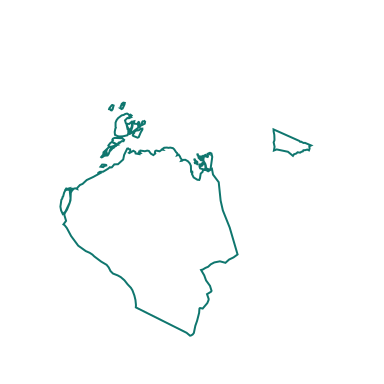 San Fernando, Buenos Aires, Argentina (Albers equal-area conic projection), rotated 235°
{"feature_id": "61730980B31085500015034", "entity_name": "San Fernando", "entity_type": "district", "adm_level": 2, "iso_a3": "ARG", "parent_name": "Argentina", "parent_adm1": "Buenos Aires", "projection": "albers", "projection_center": [-58.481, -34.246], "detail": "fine", "context": "isolated", "style": "outline", "palette": "teal", "viewbox_px": 384, "rotation_deg": 235, "n_neighbors": 0, "source": "geoboundaries", "source_scale": "gbopen_adm2", "svg_char_len": 6110}
<svg xmlns="http://www.w3.org/2000/svg" viewBox="0 0 384 384"><g transform="rotate(235 192 192)"><path d="M129.7,79.8L79.8,106.8L75.4,108.0L75.0,109.1L74.9,110.9L75.5,112.7L80.5,118.0L83.5,122.2L88.9,128.5L92.2,131.2L92.4,131.7L92.1,132.3L90.4,133.9L92.2,140.8L94.0,143.6L94.8,144.3L99.7,145.7L99.4,150.3L99.8,151.3L104.8,152.9L111.5,152.8L116.7,154.2L122.9,154.7L122.3,156.5L122.1,159.5L121.5,162.3L122.0,165.9L121.5,169.9L119.2,175.1L114.8,178.8L115.4,183.6L114.6,188.5L114.7,193.5L141.3,202.5L159.2,206.7L168.5,210.5L184.7,219.5L194.2,219.2L199.5,221.6L199.7,217.1L201.8,216.2L203.8,213.7L202.4,212.2L202.1,209.7L198.7,206.4L197.7,204.9L199.0,203.4L203.0,201.7L206.9,202.3L207.4,203.3L208.2,203.7L208.2,203.0L209.0,202.8L214.1,206.1L216.6,206.6L219.5,206.3L222.2,205.0L223.3,203.3L223.3,201.8L223.7,201.0L224.2,202.2L226.5,202.1L227.9,202.5L230.2,202.5L230.6,200.8L231.3,201.9L232.5,202.1L233.5,201.8L237.2,201.9L238.9,201.5L240.9,199.6L241.6,198.1L242.8,196.9L244.2,194.6L244.2,192.3L243.2,192.5L244.0,191.5L243.9,188.8L246.5,186.4L246.6,185.3L245.7,184.3L244.6,184.0L244.4,181.5L247.0,180.3L250.4,180.2L251.6,179.0L252.4,176.8L255.5,173.5L255.0,172.8L255.5,172.1L255.1,171.6L254.4,172.0L254.3,171.5L253.2,172.0L253.3,171.5L254.7,170.6L254.6,170.0L254.1,170.6L253.4,170.4L255.9,167.9L257.4,168.5L259.4,167.6L259.8,163.0L260.3,162.8L260.4,164.1L261.2,165.1L262.4,165.7L263.0,165.0L264.3,164.7L264.7,163.8L261.3,157.7L258.1,154.3L257.2,147.3L259.2,144.2L258.2,140.5L258.8,139.3L259.4,139.0L259.2,136.5L259.6,130.8L261.3,128.2L261.5,126.3L261.0,125.8L260.2,126.7L261.0,119.5L262.2,112.6L261.4,107.0L262.0,104.2L261.1,100.0L260.3,99.7L261.7,98.8L262.5,97.4L262.0,94.5L260.9,92.3L254.9,87.7L252.9,85.1L249.3,79.6L247.8,76.0L246.6,74.3L240.6,72.3L239.2,68.1L237.9,68.6L234.3,68.8L225.2,67.7L213.3,68.0L204.5,71.1L200.9,73.3L197.9,74.5L195.3,75.0L187.0,77.7L181.3,80.3L178.0,80.5L173.9,79.9L170.5,80.5L166.3,83.3L163.2,84.8L158.5,86.0L153.3,86.3L148.6,87.0L145.5,86.8L140.2,85.4L135.9,83.7L131.6,81.3L129.7,79.8ZM161.8,316.3L167.5,312.7L168.2,311.5L170.7,310.2L171.0,309.4L172.3,309.2L196.5,294.7L194.8,293.6L191.6,292.2L187.9,289.8L187.0,289.1L185.9,287.4L181.7,285.6L179.0,282.9L178.3,285.8L169.9,293.7L163.7,295.4L164.4,297.2L163.7,299.6L164.0,301.2L162.2,303.2L162.2,304.7L161.7,306.1L162.3,307.2L161.3,308.8L160.7,310.7L159.0,311.7L160.1,313.2L162.1,314.3L161.8,316.3ZM294.9,173.8L294.1,171.4L292.7,169.2L289.3,166.8L288.3,166.5L288.1,165.8L285.5,163.1L283.0,161.7L280.4,163.1L279.1,164.4L277.2,167.4L275.5,171.7L276.7,173.6L279.7,175.6L280.6,175.7L280.7,175.4L285.4,177.3L286.4,177.3L289.1,178.2L289.7,181.6L288.6,182.6L288.3,184.3L289.2,183.6L291.3,184.8L293.5,183.8L294.2,182.1L294.3,180.3L295.1,178.3L294.9,173.8ZM264.0,93.9L264.5,93.2L264.7,91.9L265.2,91.5L265.8,90.4L265.9,89.0L264.9,87.0L262.2,83.8L262.1,83.0L261.0,81.9L260.6,80.6L255.5,75.8L252.0,74.2L248.1,73.5L248.5,77.0L253.6,86.0L256.4,88.8L262.5,92.2L264.0,93.9ZM204.7,218.7L204.9,218.1L203.1,217.2L200.6,219.0L200.1,220.3L209.1,228.7L212.4,230.0L213.8,229.2L214.0,228.4L213.4,228.1L213.8,228.0L214.3,226.8L211.9,225.4L211.7,224.9L213.4,223.5L213.7,223.5L213.9,224.4L214.6,224.5L214.8,224.0L214.2,222.7L214.5,222.5L212.4,220.2L210.9,219.3L207.3,219.0L205.0,218.2L204.7,218.7ZM279.7,156.8L279.4,155.8L278.7,155.4L274.1,157.9L273.6,160.1L274.4,160.0L274.5,160.4L273.9,162.1L273.9,163.7L272.9,165.0L273.6,166.3L276.1,165.6L280.8,159.5L281.0,157.7L280.5,156.8L279.7,156.8ZM272.4,187.7L273.2,186.4L273.1,183.8L274.3,181.6L274.5,179.6L273.5,178.5L273.2,177.1L272.4,176.0L271.7,176.0L267.7,178.6L267.5,179.8L270.3,184.3L271.6,187.2L272.4,187.7ZM283.1,185.3L283.9,183.3L280.9,181.8L279.4,180.3L277.3,177.4L275.6,175.7L275.1,175.7L275.5,184.9L277.3,186.1L279.0,186.4L280.9,184.1L282.0,184.0L283.1,185.3ZM276.4,149.9L276.1,147.7L274.7,145.2L272.9,144.6L272.1,143.7L270.8,143.5L270.4,143.9L270.9,145.4L272.8,148.3L272.6,148.8L273.3,151.8L273.8,151.1L274.0,150.2L274.1,150.4L274.1,152.1L273.1,153.1L273.2,153.6L273.7,153.6L273.4,155.4L273.7,155.3L274.8,153.0L275.0,151.7L276.4,149.9ZM279.9,176.5L276.5,174.6L275.7,173.8L275.3,174.1L275.3,174.9L278.3,177.4L280.4,180.5L282.1,181.8L284.1,182.4L283.8,179.5L285.2,177.9L284.2,177.1L281.6,176.3L279.9,176.5ZM206.7,212.2L203.8,214.5L203.2,216.4L206.6,218.4L209.8,218.2L209.8,217.1L209.0,216.5L208.3,216.6L207.8,215.6L208.1,214.4L209.0,215.8L209.4,215.7L209.3,214.8L210.0,214.5L209.7,213.8L208.5,212.7L206.7,212.2ZM278.9,155.1L279.0,153.4L278.3,150.9L278.0,150.1L277.2,150.0L276.5,150.3L275.4,151.8L273.6,157.1L274.2,156.6L274.3,157.3L278.9,155.1ZM308.0,172.3L307.4,171.6L306.3,172.7L305.6,172.4L304.9,173.0L305.3,174.4L307.8,177.4L308.9,176.7L309.1,176.1L308.0,172.3ZM304.5,185.0L303.9,184.3L302.8,182.4L301.4,181.8L301.6,181.4L300.3,181.9L300.2,183.1L302.4,186.9L303.0,187.5L303.4,186.5L303.4,184.4L303.6,184.5L304.1,187.5L304.6,187.0L304.5,185.0ZM277.5,193.7L277.5,193.0L277.7,192.5L278.1,192.3L278.1,191.7L277.0,190.3L275.4,190.0L275.1,192.5L276.5,193.9L277.5,193.7ZM263.8,136.9L263.9,136.3L264.8,135.8L266.0,134.1L265.2,131.6L263.3,133.5L263.5,135.3L262.9,137.0L263.3,137.2L263.8,136.9ZM217.2,217.7L216.3,217.0L213.0,217.5L211.7,218.8L213.8,219.6L215.3,218.6L217.3,218.3L217.2,217.7ZM271.7,143.1L273.0,142.6L273.7,141.2L272.7,137.6L272.3,137.7L272.0,138.4L271.9,141.2L270.9,142.9L271.7,143.1ZM216.9,212.4L211.7,212.2L211.5,212.5L213.7,213.6L215.5,212.9L218.0,213.0L216.9,212.4ZM276.2,186.2L275.4,185.5L275.2,186.1L275.8,188.6L277.8,186.8L276.2,186.2ZM289.2,186.4L290.5,186.0L290.3,185.0L289.4,184.7L288.9,185.0L289.2,186.4ZM278.2,187.4L277.2,188.0L279.4,188.7L280.0,188.4L279.9,187.8L278.2,187.4ZM213.3,220.2L213.2,220.6L214.4,221.8L214.9,221.2L215.3,221.3L215.3,220.6L213.3,220.2ZM275.6,144.3L275.3,142.3L274.5,141.6L274.5,143.1L275.6,144.3ZM265.5,93.3L266.1,91.6L267.0,91.0L266.7,90.2L265.2,92.4L265.5,93.3ZM215.8,220.0L215.0,219.4L213.9,220.0L215.5,220.3L215.8,220.0ZM263.3,95.8L263.8,95.5L263.8,94.7L263.0,94.8L263.3,95.8ZM215.2,211.4L213.9,210.9L213.7,211.1L214.2,211.5L215.2,211.4ZM219.7,218.0L218.8,217.7L218.7,218.1L219.6,218.3L219.7,218.0Z" fill="none" stroke="#0f766e" stroke-width="2"/></g></svg>